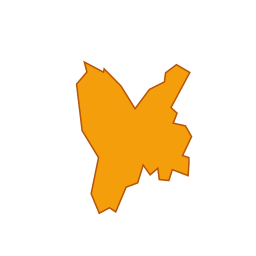 outline of Torit, Eastern Equatoria, South Sudan, rotated 42°
{"feature_id": "79223893B91619257593054", "entity_name": "Torit", "entity_type": "district", "adm_level": 2, "iso_a3": "SSD", "parent_name": "South Sudan", "parent_adm1": "Eastern Equatoria", "projection": "orthographic", "projection_center": [32.622, 4.383], "detail": "fine", "context": "isolated", "style": "filled", "palette": "amber", "viewbox_px": 256, "rotation_deg": 42, "n_neighbors": 0, "source": "geoboundaries", "source_scale": "gbopen_adm2", "svg_char_len": 584}
<svg xmlns="http://www.w3.org/2000/svg" viewBox="0 0 256 256"><g transform="rotate(42 128 128)"><path d="M60.4,129.8L95.6,160.6L125.9,169.7L144.6,201.5L163.7,210.6L167.6,199.7L175.0,198.6L166.2,173.2L171.9,162.3L164.1,145.4L175.8,148.0L177.1,138.0L185.7,145.4L193.5,139.7L188.8,129.3L204.6,123.2L197.0,113.6L193.1,109.3L187.0,111.9L181.0,91.9L169.3,88.0L158.4,94.1L154.5,84.1L146.3,84.1L136.8,45.4L121.6,48.5L119.0,61.9L124.2,69.3L118.1,85.0L120.3,108.9L94.7,101.5L70.7,100.0L72.4,102.9L51.4,108.2L60.0,113.9L60.4,129.8Z" fill="#f59e0b" stroke="#b45309" stroke-width="1.5"/></g></svg>